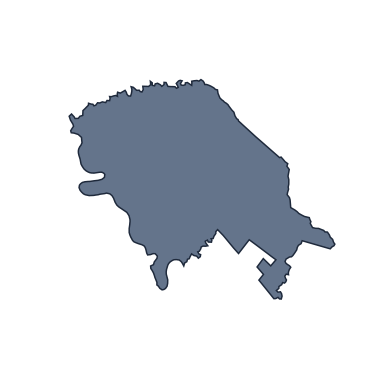 the district of Chopinzinho, Paraná, Brazil, rotated 221°
{"feature_id": "56859067B45195642460777", "entity_name": "Chopinzinho", "entity_type": "district", "adm_level": 2, "iso_a3": "BRA", "parent_name": "Brazil", "parent_adm1": "Paraná", "projection": "mercator", "projection_center": [-52.452, -25.795], "detail": "fine", "context": "isolated", "style": "filled", "palette": "slate", "viewbox_px": 384, "rotation_deg": 221, "n_neighbors": 0, "source": "geoboundaries", "source_scale": "gbopen_adm2", "svg_char_len": 4403}
<svg xmlns="http://www.w3.org/2000/svg" viewBox="0 0 384 384"><g transform="rotate(221 192 192)"><path d="M232.9,133.3L227.8,133.9L224.0,132.8L220.7,130.5L219.5,129.2L217.5,126.4L215.5,123.3L212.8,120.2L210.8,118.9L208.6,117.8L205.1,116.5L203.3,116.3L201.5,116.8L198.7,117.8L195.1,119.4L192.8,119.9L190.9,119.4L189.0,118.3L186.1,116.2L184.2,115.4L182.2,117.6L181.0,119.9L179.3,121.3L176.1,120.9L174.9,118.9L174.6,114.5L173.4,111.9L174.7,109.0L172.8,107.2L170.8,106.7L168.1,105.7L165.6,104.3L164.1,103.3L159.2,100.8L157.5,98.8L155.8,98.9L153.0,98.2L150.4,98.5L149.3,99.9L148.7,101.8L149.0,104.5L150.4,107.0L152.7,109.8L157.5,113.1L159.1,114.8L160.4,116.8L162.3,121.0L162.7,122.8L162.6,125.1L162.0,127.2L161.3,128.9L159.5,130.7L157.0,132.3L154.5,132.4L152.3,131.8L149.7,130.8L151.0,133.6L150.2,136.0L151.3,138.3L150.3,139.8L151.0,141.8L151.7,145.0L148.9,145.3L146.4,146.7L143.8,146.2L143.3,148.6L144.4,150.4L146.1,149.8L148.4,150.6L147.6,152.2L148.1,154.8L149.0,156.6L148.2,158.4L146.2,160.0L144.8,161.8L148.2,162.6L149.7,163.5L148.8,165.8L146.9,164.9L144.4,166.9L145.4,168.7L146.9,169.3L145.5,170.8L146.4,173.0L146.8,176.3L148.0,177.7L148.0,180.4L140.0,179.7L137.5,179.3L123.7,177.0L116.5,176.1L117.5,193.5L108.3,194.2L92.7,195.3L90.7,195.4L84.2,195.9L84.1,187.9L94.5,188.5L93.7,178.1L84.0,176.7L83.7,169.4L60.2,165.2L58.9,166.5L58.0,168.9L55.8,168.7L54.4,169.8L55.7,172.5L57.8,174.1L59.8,174.7L61.4,172.8L63.7,173.0L63.2,176.2L64.4,177.7L63.5,180.9L64.2,183.1L62.4,184.0L62.3,185.8L63.0,187.6L64.8,188.2L66.8,189.4L67.0,191.8L64.9,192.9L66.2,194.1L67.0,195.6L67.7,197.4L68.1,200.0L70.0,200.3L72.1,200.0L74.2,199.8L76.2,200.6L77.0,203.2L76.4,204.9L75.8,206.9L74.4,208.4L74.2,210.2L74.5,213.5L75.0,217.0L76.2,219.3L76.7,221.6L75.8,224.6L76.9,227.5L50.4,239.8L50.3,242.5L49.6,244.6L50.0,246.4L52.1,246.9L54.8,248.5L58.0,248.6L60.1,249.7L63.5,250.6L65.5,249.1L67.4,249.4L70.2,248.4L72.5,247.6L75.0,245.6L77.7,244.2L82.2,245.9L82.8,247.6L85.1,248.6L86.7,249.6L91.1,247.3L94.3,246.5L97.3,245.9L99.8,246.1L102.6,245.9L105.2,245.4L107.3,245.0L109.3,247.0L112.8,250.4L114.8,251.7L118.4,252.4L119.5,254.2L121.0,257.5L122.6,258.8L124.1,261.4L127.0,264.8L129.9,266.9L133.4,272.8L137.3,273.7L138.3,276.2L141.7,275.9L143.9,276.3L147.7,276.8L148.5,275.4L174.0,275.5L180.2,275.5L203.4,276.1L204.8,276.9L206.4,276.6L209.6,277.7L212.7,279.7L215.8,280.0L220.5,281.0L222.1,281.5L224.2,281.5L226.5,281.1L228.1,281.3L230.1,281.1L232.7,281.3L237.1,283.5L239.8,285.8L241.6,284.8L243.9,284.9L247.4,284.2L249.6,283.5L251.5,282.7L252.9,281.5L254.4,282.4L256.3,283.0L259.0,282.7L259.5,280.2L261.4,279.4L263.4,277.3L264.9,275.4L263.7,274.3L262.2,272.3L264.9,271.9L267.3,271.6L268.6,270.0L267.5,268.5L268.6,266.7L270.3,265.6L271.9,266.3L272.4,269.4L274.2,268.5L275.0,266.9L275.1,263.6L272.6,262.7L271.0,261.9L271.8,260.1L273.9,260.3L275.3,259.2L277.2,257.6L279.4,255.9L283.4,257.6L285.0,256.4L283.6,254.7L284.1,251.9L286.0,252.2L289.3,251.5L290.7,249.5L289.9,247.6L292.0,246.4L293.6,248.3L296.0,248.2L293.6,245.9L294.0,243.2L296.7,241.0L298.5,239.5L296.0,237.3L295.4,234.6L297.0,233.8L298.6,234.2L300.5,232.4L302.6,232.5L305.0,232.5L307.0,231.5L304.8,230.1L303.5,228.5L302.2,226.3L301.3,224.1L303.0,222.8L305.1,223.0L307.1,224.2L309.2,224.8L309.9,222.7L311.0,219.6L313.6,218.5L312.6,216.7L311.0,215.3L312.9,214.8L314.2,213.1L315.4,211.0L316.8,210.0L315.3,209.0L314.1,206.9L316.2,205.3L315.8,202.9L318.8,201.2L320.1,198.6L321.8,197.4L321.6,194.3L322.6,192.7L324.4,193.2L325.7,192.2L328.3,191.1L327.1,189.4L327.3,187.0L327.4,184.9L327.7,181.9L326.4,180.3L324.7,178.1L326.3,175.6L326.1,173.0L328.5,170.7L330.2,171.4L332.2,171.6L334.1,171.8L334.4,168.6L330.8,166.5L326.4,165.1L324.5,163.9L324.2,161.3L323.7,158.6L322.0,157.5L319.6,159.1L315.6,160.8L311.2,160.7L309.7,159.2L307.3,157.0L306.5,154.4L306.4,152.5L305.7,150.1L304.7,148.4L303.3,146.9L301.4,145.5L298.0,143.4L294.1,140.3L292.1,139.5L290.1,138.9L288.4,138.5L285.8,138.5L283.4,139.0L281.7,139.6L280.1,140.6L278.3,142.1L274.5,146.5L273.0,147.8L271.1,148.3L269.4,148.1L267.7,145.6L268.3,142.5L270.5,139.2L273.0,136.5L275.9,133.1L277.4,131.7L279.5,129.5L281.0,127.3L281.5,125.1L281.4,123.3L280.1,121.2L277.6,119.9L275.2,119.5L272.7,119.4L270.8,119.9L267.3,121.8L263.9,125.0L262.8,126.4L261.0,128.4L259.9,130.1L256.8,133.6L255.8,135.1L252.8,136.7L250.1,136.8L247.2,135.9L243.2,133.8L240.1,132.8L237.5,132.7L232.9,133.3Z" fill="#64748b" stroke="#1e293b" stroke-width="1.5"/></g></svg>